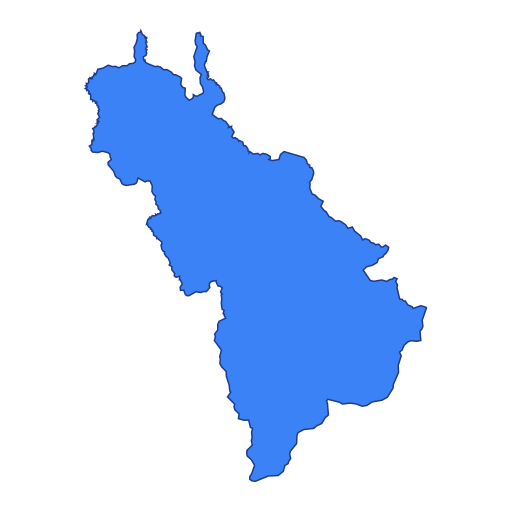 outline of El Carmen De Viboral, Antioquia, Colombia
{"feature_id": "7082276B81226439433985", "entity_name": "El Carmen De Viboral", "entity_type": "district", "adm_level": 2, "iso_a3": "COL", "parent_name": "Colombia", "parent_adm1": "Antioquia", "projection": "albers", "projection_center": [-75.289, 5.979], "detail": "fine", "context": "isolated", "style": "filled", "palette": "blue", "viewbox_px": 512, "rotation_deg": 0, "n_neighbors": 0, "source": "geoboundaries", "source_scale": "gbopen_adm2", "svg_char_len": 5888}
<svg xmlns="http://www.w3.org/2000/svg" viewBox="0 0 512 512"><path d="M196.3,33.3L195.1,40.9L195.7,44.5L197.2,46.6L193.8,56.6L195.1,62.1L194.5,65.7L195.8,69.9L201.3,74.4L200.0,77.9L200.4,83.6L202.5,86.9L203.6,91.8L203.0,93.2L197.4,96.1L195.7,96.1L193.3,94.6L193.4,96.8L192.4,98.6L189.2,100.2L186.1,97.4L184.8,95.1L185.3,88.2L182.7,87.4L180.7,84.5L181.6,78.5L180.5,77.2L175.5,74.7L173.6,74.8L171.3,72.1L167.0,69.6L163.5,69.7L160.4,67.0L157.4,66.2L155.0,66.6L148.1,63.8L145.5,62.4L145.0,60.2L144.4,60.9L143.9,60.4L143.3,56.9L146.1,55.2L146.7,53.0L146.1,51.6L146.9,49.6L145.7,49.1L146.2,47.3L147.2,46.9L145.7,42.9L146.0,41.6L146.7,41.9L145.8,39.0L146.7,38.3L146.6,37.5L145.6,38.0L145.4,37.1L144.8,37.3L144.7,36.1L142.3,34.3L140.8,30.7L140.3,32.3L138.6,32.6L137.1,34.7L137.4,38.2L136.1,43.3L134.0,47.3L134.7,51.3L134.1,56.4L135.7,59.9L135.2,61.9L133.3,63.3L129.4,63.8L127.1,65.7L122.6,65.7L119.1,67.8L115.2,66.3L112.8,66.7L108.2,65.2L102.9,68.2L97.8,69.2L96.1,74.0L94.6,73.4L95.1,74.7L94.0,74.6L93.7,75.9L92.1,77.0L92.4,78.5L90.4,77.8L90.7,78.6L89.4,78.2L88.5,79.1L88.7,82.4L88.0,83.4L86.3,83.4L87.0,84.7L85.6,85.7L86.6,86.1L86.2,87.3L87.0,87.1L86.6,88.5L85.6,88.8L86.9,89.4L86.8,90.6L87.9,90.3L89.1,91.5L88.4,92.9L89.2,94.2L90.1,93.8L90.7,95.2L90.6,99.4L92.5,99.8L92.9,101.3L93.4,100.6L94.7,100.9L95.4,102.6L96.1,102.3L95.7,103.2L96.7,103.2L97.1,105.6L98.6,106.5L98.1,107.6L99.3,109.7L98.3,110.6L98.8,111.5L97.8,113.7L99.6,117.2L97.1,119.8L98.6,121.2L97.4,121.4L98.1,122.1L97.0,123.0L98.0,123.0L96.3,126.4L95.1,126.3L95.0,127.5L92.7,128.5L94.0,131.0L93.9,133.1L93.1,133.3L94.0,139.6L93.1,139.3L92.7,141.0L91.9,140.6L91.9,144.5L89.3,146.1L91.4,148.9L91.1,150.5L92.9,152.1L97.9,152.5L102.4,151.2L107.8,152.6L109.9,154.1L110.2,157.2L111.4,159.4L108.1,162.2L108.1,164.7L113.7,171.3L115.3,175.8L116.8,177.6L120.0,179.1L121.8,183.4L123.1,184.5L126.1,185.4L134.5,184.2L136.5,182.9L138.1,178.0L145.1,181.9L147.2,180.9L150.1,181.1L152.3,186.0L151.9,191.5L153.7,194.7L155.5,195.9L154.9,199.8L156.1,201.4L155.9,204.3L157.7,205.5L158.4,209.0L160.1,210.3L161.0,213.7L160.2,212.8L159.5,213.7L157.8,213.7L156.7,215.1L155.8,214.4L156.0,215.2L154.7,215.9L152.2,215.7L150.9,217.6L150.2,217.2L150.5,218.5L149.2,218.2L147.7,220.1L146.5,224.5L147.4,224.3L147.0,225.1L147.5,224.7L148.7,227.1L150.3,227.5L150.5,229.1L151.2,228.7L152.2,230.2L151.8,231.0L153.3,232.0L153.6,235.2L156.5,236.9L156.9,238.7L157.7,238.5L161.6,241.9L161.8,244.2L161.0,245.0L161.8,248.9L163.0,251.1L164.5,251.8L164.4,253.5L166.0,256.4L168.1,257.9L170.2,262.9L169.2,265.0L171.9,266.6L171.7,269.6L174.6,273.4L174.2,275.9L176.2,277.3L179.7,276.3L179.4,279.8L180.2,279.7L182.3,283.9L180.1,287.3L180.5,290.4L183.8,290.2L185.4,294.7L187.1,295.7L189.2,295.6L195.8,291.8L200.9,292.5L203.2,291.6L206.4,291.6L209.8,287.5L209.1,285.5L209.9,282.5L212.2,281.2L216.2,280.6L216.1,282.1L218.1,286.0L220.3,286.3L222.2,287.8L220.5,292.2L222.3,294.2L221.2,295.0L221.8,298.7L221.3,303.2L222.1,309.2L224.1,310.4L223.1,313.7L224.5,314.4L224.2,315.5L225.7,318.1L219.1,321.3L217.7,324.5L217.8,329.9L214.7,333.9L215.4,336.8L214.4,340.5L221.4,350.1L219.7,356.7L220.3,358.5L219.9,363.6L221.6,366.8L226.2,371.5L226.3,376.1L229.1,384.8L229.8,391.0L230.8,392.1L227.5,397.0L234.7,404.1L234.0,406.6L234.9,409.9L239.1,413.9L238.4,418.7L244.0,420.2L248.7,420.1L250.4,427.4L252.6,428.3L251.6,432.3L252.1,437.5L251.3,440.5L252.3,445.2L247.0,450.3L246.7,453.3L247.3,456.1L251.3,459.7L254.6,465.3L251.8,473.4L249.9,476.5L249.7,479.2L251.8,480.8L255.4,481.3L268.3,476.0L278.2,475.5L283.2,471.4L284.9,465.5L288.1,463.6L288.7,461.3L290.7,458.5L289.6,454.0L290.5,451.1L296.6,443.6L296.9,435.7L297.9,432.7L303.7,429.5L313.8,428.4L316.4,426.0L321.7,423.5L325.3,417.6L328.4,415.0L327.4,403.0L326.5,401.0L327.8,399.3L339.4,402.2L342.5,404.0L350.2,403.1L356.1,403.9L362.2,406.2L367.0,405.4L372.2,401.9L382.0,400.2L387.3,397.3L393.0,388.2L393.4,384.3L398.5,372.5L398.2,365.3L401.2,355.9L399.5,352.1L402.1,350.0L404.1,345.2L408.3,341.6L411.2,340.7L416.7,341.3L420.8,340.5L420.0,331.0L421.7,329.3L422.9,326.5L422.2,320.2L426.4,308.0L425.9,307.2L420.9,305.7L413.2,308.4L412.2,306.8L407.8,304.9L405.3,301.0L403.5,301.0L402.2,299.4L399.7,299.1L397.0,287.8L397.5,285.1L395.7,281.4L397.1,278.7L393.9,277.5L392.5,279.1L389.6,279.6L386.8,281.4L381.7,280.0L373.8,281.3L370.2,280.4L363.2,270.1L366.3,266.9L372.7,265.1L377.1,262.5L378.6,258.5L383.0,256.8L384.4,254.3L385.6,253.8L388.1,250.0L388.7,247.3L385.6,245.1L383.0,247.0L381.3,247.0L378.7,244.2L375.4,244.7L373.7,243.2L370.7,242.5L369.4,240.4L366.5,239.0L364.5,238.9L362.7,240.0L360.6,235.9L354.6,231.1L352.4,227.0L347.9,228.3L345.6,224.8L340.5,221.3L338.3,220.7L335.5,221.2L331.2,217.4L329.1,216.7L326.1,211.7L324.1,210.5L320.8,206.3L323.2,201.3L318.6,198.7L315.1,195.1L312.2,194.0L311.5,192.6L309.7,188.1L310.1,183.9L309.4,182.6L311.9,179.3L313.7,173.2L313.4,170.9L311.8,167.7L309.7,167.4L309.7,165.2L307.3,163.7L306.4,160.1L303.9,157.4L284.0,151.6L280.5,154.5L278.9,159.5L272.4,160.6L268.8,159.5L270.3,158.2L270.3,156.6L267.0,154.4L263.0,153.4L259.9,154.9L257.8,153.4L253.4,154.1L249.9,151.7L249.1,152.7L249.1,151.3L248.2,151.2L247.9,149.0L246.3,146.5L245.2,145.6L243.6,145.7L242.7,142.1L239.4,140.5L238.8,141.2L237.5,138.9L235.7,138.5L235.5,137.7L233.2,138.1L231.8,136.4L234.1,132.0L231.4,127.9L231.6,126.3L228.5,127.5L229.0,126.1L225.5,121.4L223.6,120.7L221.4,118.5L218.0,118.7L212.2,114.4L214.9,107.2L217.1,105.2L221.5,103.6L223.7,101.8L224.8,99.0L224.7,96.7L223.8,93.0L222.6,92.2L221.2,88.1L220.0,87.9L219.8,86.3L217.4,84.3L216.3,84.6L216.5,82.9L215.7,83.0L213.5,79.9L212.4,80.3L210.2,78.8L208.3,79.8L207.3,78.7L207.5,77.3L208.3,77.2L208.7,76.2L208.6,75.3L207.4,75.1L208.3,73.6L207.3,72.6L208.1,72.0L206.7,71.7L204.3,65.2L205.5,61.6L206.3,61.4L207.0,56.8L209.4,50.9L207.7,49.9L205.2,44.8L203.3,43.3L203.1,36.5L200.5,35.9L200.8,34.5L199.8,32.4L198.7,33.3L198.0,32.7L196.3,33.3Z" fill="#3b82f6" stroke="#1e3a8a" stroke-width="1.5"/></svg>